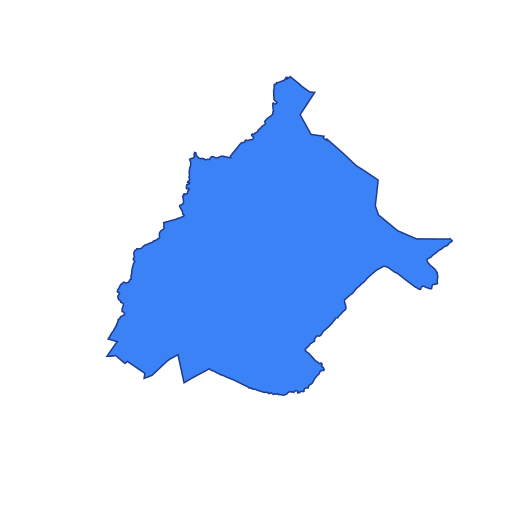 Zaka, Masvingo, Zimbabwe, rotated 241°
{"feature_id": "62879985B3510020236883", "entity_name": "Zaka", "entity_type": "district", "adm_level": 2, "iso_a3": "ZWE", "parent_name": "Zimbabwe", "parent_adm1": "Masvingo", "projection": "robinson", "projection_center": [31.468, -20.378], "detail": "fine", "context": "isolated", "style": "filled", "palette": "blue", "viewbox_px": 512, "rotation_deg": 241, "n_neighbors": 0, "source": "geoboundaries", "source_scale": "gbopen_adm2", "svg_char_len": 6151}
<svg xmlns="http://www.w3.org/2000/svg" viewBox="0 0 512 512"><g transform="rotate(241 256 256)"><path d="M240.6,77.0L239.0,79.7L238.0,82.1L238.4,81.9L237.0,85.0L225.5,89.3L226.2,92.4L207.3,101.9L203.2,98.8L202.0,107.1L207.4,128.3L207.2,128.7L207.5,129.6L207.5,139.9L180.0,131.6L180.2,142.5L180.0,159.6L180.1,160.4L178.0,161.3L175.6,163.4L169.1,167.6L169.1,167.8L167.6,169.2L164.0,171.8L158.8,176.1L149.0,182.9L145.7,185.4L144.5,185.6L143.1,186.8L143.0,187.9L142.9,188.1L141.5,188.2L139.4,191.1L137.6,192.4L132.7,197.1L131.0,200.4L131.1,200.5L130.0,200.1L129.1,201.0L129.1,202.9L126.5,204.1L126.5,205.3L125.4,206.4L125.1,208.1L124.0,208.3L123.1,209.9L120.9,212.5L120.3,215.8L121.1,217.7L120.7,220.6L119.8,221.0L119.4,222.2L118.4,222.7L119.1,225.8L117.2,227.0L116.3,226.1L115.8,226.4L115.8,226.9L115.4,227.6L115.7,228.8L115.7,229.9L114.3,231.9L114.4,232.4L114.8,232.4L116.1,233.7L116.4,234.2L116.5,235.5L115.3,237.5L115.6,238.0L116.4,238.5L117.1,239.8L117.4,240.8L117.2,241.8L117.5,243.4L118.7,245.6L120.1,247.3L121.8,251.9L122.2,253.8L123.6,255.4L123.7,256.4L124.1,258.1L124.0,258.4L123.2,259.2L123.1,259.7L123.4,260.5L124.1,260.7L126.2,260.8L126.9,260.1L128.2,260.0L128.4,260.1L128.9,261.3L130.5,261.3L130.9,261.1L131.0,259.9L131.5,259.0L133.3,258.5L135.5,257.3L145.3,255.0L146.9,254.1L147.6,253.8L148.4,253.8L149.3,253.3L150.2,253.5L151.1,255.3L151.3,257.2L152.1,259.4L152.8,260.6L153.1,263.7L153.0,265.9L153.7,266.4L155.1,267.0L156.3,269.8L156.4,271.0L155.3,272.2L155.2,273.1L155.3,274.3L156.0,275.8L157.1,277.6L157.5,278.6L159.0,285.6L160.5,290.4L160.9,291.0L161.8,293.6L162.9,295.4L162.9,296.1L162.3,297.8L163.4,299.2L163.9,301.6L165.1,305.0L165.7,308.1L166.2,309.0L167.2,309.6L169.5,310.5L173.0,311.2L174.0,311.7L174.8,312.5L176.3,319.5L176.5,322.4L178.8,327.6L179.9,333.0L180.6,335.1L180.9,337.9L182.4,341.7L183.8,347.4L185.2,354.7L185.1,362.5L184.0,364.3L181.7,366.1L174.6,369.5L172.2,371.3L161.5,375.8L151.5,380.3L150.5,381.2L148.8,381.9L147.2,383.2L147.1,383.4L147.3,384.1L148.6,385.6L148.7,387.0L148.6,387.5L147.9,388.4L146.9,388.9L143.0,392.3L142.4,393.3L142.7,394.2L144.8,395.7L145.3,396.9L145.2,397.6L144.5,398.5L144.3,399.8L143.9,400.7L143.9,401.4L145.8,402.1L147.7,403.3L149.9,405.1L152.3,405.7L153.1,406.3L157.1,406.2L160.8,405.0L163.1,404.0L167.4,403.1L169.1,403.3L169.9,403.9L170.2,404.4L170.3,405.4L170.2,408.5L171.1,411.2L171.6,415.7L172.3,418.5L172.1,421.7L172.8,424.3L172.8,425.8L172.5,427.5L172.5,428.9L173.6,431.2L173.8,434.5L174.6,435.0L174.8,434.6L177.2,434.1L177.1,433.3L193.2,404.6L209.5,392.1L230.2,384.0L232.2,383.0L242.1,384.7L258.4,396.3L263.3,399.6L280.5,390.8L280.7,390.6L286.8,387.3L303.3,382.1L323.7,374.8L322.8,374.0L326.7,372.0L327.8,373.5L335.6,363.1L358.2,363.1L370.6,386.7L373.4,382.5L383.9,377.5L384.2,377.8L396.3,372.9L396.0,371.6L396.2,370.6L395.7,369.1L396.0,368.6L396.6,368.8L396.8,369.7L397.1,369.9L397.6,368.9L395.9,365.7L396.4,364.7L396.2,364.4L396.5,363.4L396.3,362.6L396.7,361.9L396.6,360.9L396.9,360.1L397.0,358.8L397.7,358.1L397.0,357.5L396.6,356.7L396.7,356.2L397.2,355.6L397.3,355.3L395.9,354.2L394.5,353.8L394.1,353.2L393.0,352.6L392.3,351.7L387.1,349.0L385.8,348.6L385.0,347.9L383.5,347.6L382.1,348.0L380.3,348.7L379.8,348.7L379.5,347.7L379.7,346.4L380.3,345.8L381.5,345.4L381.4,344.9L379.8,343.8L376.0,342.1L374.3,341.7L373.9,340.6L372.4,339.8L371.4,338.0L370.8,332.3L370.1,330.7L369.7,329.2L368.8,328.6L367.7,328.7L367.2,328.4L366.9,327.9L366.7,326.8L366.6,324.8L365.4,320.9L365.2,319.5L364.6,318.3L363.8,317.5L364.0,314.9L363.6,314.1L363.6,313.2L364.4,312.1L364.4,311.2L363.9,310.8L363.2,310.7L362.5,310.9L362.2,311.4L361.4,311.4L360.7,311.1L359.9,310.2L359.7,309.4L359.9,308.5L360.6,307.0L360.9,304.8L362.4,303.3L362.3,302.5L361.5,302.0L361.2,301.3L361.3,300.3L362.0,298.5L362.0,297.7L361.3,295.7L356.3,283.2L355.4,281.8L354.3,281.7L354.3,281.3L355.2,280.3L355.5,279.6L358.2,276.9L359.8,274.7L360.2,273.8L360.5,270.0L360.9,268.8L361.8,267.9L363.1,267.2L364.0,266.2L364.4,265.3L364.3,264.6L363.8,263.4L363.1,262.5L363.1,262.0L363.2,261.6L364.0,260.6L364.7,258.3L366.2,257.7L367.0,256.4L367.7,256.1L367.6,255.6L367.9,254.9L369.7,253.3L371.7,253.0L372.3,252.6L373.5,252.6L375.1,253.5L376.4,252.5L375.7,251.8L375.3,251.7L374.4,250.7L373.8,250.5L373.1,250.7L372.4,250.0L372.2,247.9L372.7,246.8L372.8,244.9L372.2,244.5L371.3,244.7L369.8,244.4L366.7,242.6L365.1,240.6L363.7,239.8L362.2,238.4L358.5,236.8L357.7,235.7L354.9,235.0L354.3,234.3L354.2,232.7L353.6,231.8L352.9,232.3L352.6,233.3L352.3,233.5L351.5,231.9L351.9,230.3L351.8,229.9L349.7,228.2L348.8,227.9L348.3,228.0L347.8,229.6L347.6,229.9L346.9,229.9L346.4,229.3L346.0,228.0L343.9,226.1L344.4,224.4L345.2,223.4L345.2,222.7L344.8,222.3L344.0,222.3L344.0,221.3L343.6,220.6L341.7,220.4L340.8,219.7L339.3,219.4L337.7,218.3L336.9,216.9L337.2,214.0L336.8,213.4L336.3,213.2L334.7,213.2L333.8,213.0L333.3,213.2L330.8,213.2L328.0,212.2L327.2,212.7L326.2,212.8L326.0,212.4L325.9,210.9L326.2,209.5L326.2,208.4L326.9,205.3L326.9,204.2L327.6,200.7L328.3,198.7L328.6,196.7L329.2,194.4L329.4,194.2L329.4,192.7L329.9,192.1L330.0,191.6L327.6,190.5L326.3,189.5L325.5,189.4L324.5,188.9L324.3,188.2L324.2,185.2L323.3,183.3L322.3,182.2L320.3,181.2L319.1,180.8L318.6,180.1L318.5,177.2L318.2,175.6L318.7,174.7L318.8,174.0L318.6,173.0L318.1,171.7L318.6,170.6L318.8,167.8L319.4,164.0L319.1,161.9L318.5,160.5L318.3,158.9L319.1,156.9L320.2,155.4L320.2,155.2L319.6,154.6L319.6,153.0L319.1,151.9L317.7,150.5L315.5,149.6L314.1,149.3L313.4,147.7L312.4,147.0L310.1,147.5L308.8,145.3L305.2,141.7L302.1,139.4L301.2,139.0L299.1,136.9L296.3,135.6L296.6,135.1L296.5,134.5L294.7,131.4L295.2,130.3L295.2,129.5L295.8,128.8L297.3,127.6L296.7,125.6L296.7,124.1L296.3,123.2L294.9,121.4L293.3,118.5L292.1,117.4L291.5,117.4L290.3,118.6L289.5,118.7L287.9,115.7L285.6,114.8L284.5,114.8L283.0,115.3L282.2,115.8L281.1,115.2L279.6,116.5L278.2,116.7L276.9,115.8L274.6,113.1L273.5,112.7L272.5,112.0L270.6,113.3L268.5,112.8L268.5,107.9L267.3,106.5L267.4,104.8L265.5,103.3L264.5,101.9L262.7,100.0L262.6,99.2L262.2,99.1L260.5,96.1L259.7,95.3L259.2,93.7L257.8,91.0L257.1,90.4L256.9,89.5L256.5,89.2L255.1,86.4L248.4,93.1L240.6,77.0Z" fill="#3b82f6" stroke="#1e3a8a" stroke-width="1.5"/></g></svg>